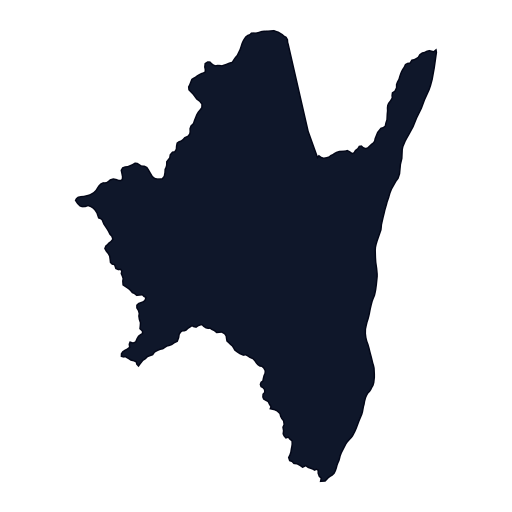 Manga, Minas Gerais, Brazil (Natural Earth projection)
{"feature_id": "56859067B62699928720183", "entity_name": "Manga", "entity_type": "district", "adm_level": 2, "iso_a3": "BRA", "parent_name": "Brazil", "parent_adm1": "Minas Gerais", "projection": "natural_earth1", "projection_center": [-44.106, -14.67], "detail": "fine", "context": "isolated", "style": "filled", "palette": "ink", "viewbox_px": 512, "rotation_deg": 0, "n_neighbors": 0, "source": "geoboundaries", "source_scale": "gbopen_adm2", "svg_char_len": 6022}
<svg xmlns="http://www.w3.org/2000/svg" viewBox="0 0 512 512"><path d="M436.0,49.9L433.7,51.8L429.4,50.7L426.9,51.3L424.6,52.5L422.3,53.0L419.9,54.7L418.3,57.4L416.2,58.7L414.3,59.7L411.9,60.2L410.1,63.2L407.7,63.4L405.5,64.6L404.3,67.2L402.7,69.6L401.7,71.5L400.9,73.4L399.9,76.3L399.0,79.4L397.6,81.9L396.6,84.5L396.6,87.8L394.9,91.3L392.5,92.8L392.1,95.4L392.3,98.0L390.5,101.0L388.7,103.3L387.8,105.4L387.5,107.9L387.6,110.9L387.3,113.8L387.0,119.8L385.9,123.2L385.3,126.2L383.2,127.7L381.0,128.3L377.7,132.4L375.2,138.6L374.7,141.1L373.5,142.9L371.6,144.3L367.6,148.1L365.4,148.6L363.0,147.6L361.4,146.1L359.3,146.4L357.9,148.7L355.5,150.5L354.1,152.9L352.1,153.6L349.6,151.8L347.3,150.6L345.6,151.1L343.5,151.3L339.4,151.5L336.6,152.4L334.4,153.6L332.9,154.7L331.0,155.5L329.2,157.0L326.5,157.8L323.6,158.3L321.0,157.4L318.9,155.8L317.5,157.6L308.1,131.4L288.2,44.5L287.6,42.4L287.4,39.7L286.0,37.3L283.9,36.2L282.3,34.7L278.2,32.2L276.5,31.7L273.9,30.7L268.2,31.2L264.0,31.3L261.6,31.6L258.6,32.6L255.9,33.2L253.4,33.1L251.4,33.2L250.0,34.7L247.9,35.4L245.8,37.0L244.1,39.5L243.1,41.3L242.1,43.6L241.2,46.5L240.2,49.5L237.3,55.5L235.6,57.4L234.0,59.7L232.3,62.4L229.3,63.2L226.2,64.5L223.7,65.3L221.9,65.9L219.9,65.6L217.7,65.5L215.5,65.9L213.5,65.2L211.6,63.8L209.9,62.1L207.7,62.0L205.2,63.6L204.8,67.0L205.3,69.4L205.3,71.9L203.5,73.0L201.5,73.6L199.2,74.8L197.3,75.9L195.5,77.3L193.6,78.3L191.9,79.4L189.8,84.8L188.7,86.9L189.0,89.8L193.2,94.1L196.8,99.0L199.9,101.3L202.0,104.1L201.9,107.6L200.3,109.8L198.3,112.2L196.8,114.8L194.6,120.3L193.5,123.6L191.1,125.9L190.1,128.6L190.2,131.9L189.8,134.0L188.0,136.3L184.8,137.7L183.2,139.5L181.3,141.0L179.0,141.8L177.2,143.1L176.6,146.0L176.4,149.2L174.8,151.9L172.5,152.2L170.3,154.8L169.8,157.9L168.5,159.5L166.8,161.7L166.7,165.3L166.1,167.5L165.2,169.3L165.0,172.7L164.3,176.4L162.1,179.0L157.3,179.1L154.7,178.5L152.3,176.6L149.8,172.4L148.4,169.9L146.8,167.5L144.4,166.3L141.3,166.1L137.3,163.5L135.1,163.2L132.6,164.7L127.9,166.7L125.1,167.0L122.7,167.9L121.3,170.3L121.9,173.2L122.6,176.8L122.3,179.6L120.6,180.6L118.2,180.4L116.3,179.6L113.3,179.0L110.3,179.9L108.6,181.4L106.9,182.6L105.0,183.0L103.2,182.9L100.9,184.0L99.1,185.8L97.7,187.9L96.1,190.5L93.7,192.8L90.2,194.8L88.3,195.4L83.9,196.5L81.1,196.7L78.2,197.3L76.5,198.7L75.6,200.4L77.6,203.4L80.1,205.9L82.2,206.6L85.2,206.5L88.1,205.5L91.0,206.6L93.3,208.1L95.1,210.0L97.0,212.9L98.7,217.9L100.5,218.5L102.1,219.6L103.9,224.0L107.1,228.8L108.5,231.1L110.0,234.2L111.9,236.2L112.9,239.2L110.9,241.7L109.0,243.0L107.5,244.7L105.9,246.0L104.9,248.5L106.4,251.2L108.4,253.6L109.7,256.1L110.2,259.5L110.5,262.4L112.2,264.1L114.6,264.6L115.9,268.5L118.4,269.6L120.6,269.3L121.8,271.0L121.3,273.6L122.4,276.1L123.2,278.6L122.8,281.1L123.1,284.9L127.6,287.9L129.5,289.3L131.0,290.9L132.4,292.6L134.4,293.4L136.7,295.3L142.4,294.7L144.0,296.4L146.0,297.5L145.0,300.4L143.3,301.8L138.7,303.5L136.9,305.2L136.9,307.9L138.5,310.5L139.3,313.5L138.9,316.0L139.4,319.4L140.5,322.7L140.3,325.9L140.0,328.7L142.4,330.9L142.6,333.5L140.7,334.6L138.6,336.2L137.1,338.7L135.7,342.0L133.0,343.1L130.1,342.1L129.3,344.2L129.7,347.3L127.2,349.2L124.8,350.4L122.8,351.8L121.5,353.7L121.4,356.3L123.5,356.9L125.4,356.6L127.2,357.7L128.8,358.6L131.0,360.1L134.1,360.8L136.4,362.0L136.8,364.1L138.5,366.0L139.9,364.0L142.8,360.3L145.3,358.7L147.4,356.6L150.0,355.6L152.6,354.7L154.4,352.1L156.1,351.1L157.9,350.2L160.1,349.3L162.8,348.7L165.3,347.0L167.1,345.9L169.0,345.5L171.7,344.5L174.4,342.6L177.2,341.3L178.6,337.7L179.1,334.3L180.6,332.0L182.3,330.8L184.1,330.8L185.9,330.2L187.9,328.3L190.1,326.9L192.0,325.6L193.7,326.6L196.1,327.1L197.9,325.8L200.1,324.9L202.2,324.6L203.6,326.2L206.0,327.8L208.3,328.3L210.1,328.1L211.9,329.4L214.3,330.5L216.7,332.5L221.7,332.0L224.7,333.7L226.2,335.9L226.6,338.8L227.0,341.0L228.8,342.6L230.6,344.4L232.4,345.9L233.8,348.1L234.8,350.0L236.9,351.6L239.9,353.6L243.4,355.1L245.7,354.7L247.7,355.8L249.9,357.3L253.1,358.7L255.0,360.8L256.4,362.9L257.9,364.6L259.9,366.0L261.8,366.2L263.7,367.8L265.3,370.7L265.1,373.4L264.1,375.6L263.4,378.4L262.9,381.0L261.1,382.3L260.4,384.4L261.1,386.6L262.9,387.5L264.6,389.5L264.8,392.4L263.1,394.2L262.9,397.0L263.7,399.0L265.9,400.3L268.2,401.5L269.5,404.2L271.1,406.8L270.3,408.7L274.7,409.7L277.2,410.9L280.0,413.5L280.7,416.3L281.9,418.6L283.6,420.7L284.2,424.5L283.0,427.2L283.6,430.7L283.2,433.8L284.1,435.8L285.9,437.9L288.4,437.1L289.7,438.9L292.1,440.9L292.2,444.1L291.9,446.4L291.4,448.9L290.9,452.2L290.0,454.9L288.7,457.5L289.7,460.6L292.2,461.5L293.9,463.4L297.2,463.8L300.1,465.4L302.6,467.2L305.8,465.6L308.2,467.4L310.8,468.3L312.9,469.1L314.6,470.1L316.4,469.2L318.2,470.2L318.2,473.2L319.3,476.3L321.3,478.2L320.6,481.3L325.1,481.0L328.2,477.7L330.2,476.2L332.0,475.2L334.0,473.3L335.3,470.7L336.3,467.8L336.9,465.4L337.8,462.9L338.9,460.5L339.5,458.3L340.1,455.8L341.3,452.7L345.8,443.9L347.1,442.0L349.3,439.5L351.3,437.4L352.5,435.8L354.8,431.4L356.2,428.2L359.0,420.7L361.7,414.3L362.4,411.9L363.4,406.4L364.0,404.3L364.5,401.3L365.5,397.6L366.5,395.3L367.8,393.0L369.5,391.3L370.7,389.5L371.7,387.4L372.9,385.4L373.7,382.6L374.3,377.4L374.3,374.2L374.0,368.1L373.4,365.4L372.7,363.2L371.3,357.4L369.7,351.4L369.0,348.4L367.9,344.5L366.7,341.3L365.8,337.6L365.3,333.5L365.4,329.0L366.1,325.7L366.9,322.3L368.0,318.9L368.8,315.8L369.3,313.6L369.7,311.4L370.3,308.4L371.2,304.6L372.1,301.2L373.1,298.5L374.4,295.4L375.0,292.8L375.6,289.8L376.3,284.6L377.1,276.6L377.1,274.0L376.6,268.5L375.7,262.2L375.4,257.4L375.3,254.0L375.2,250.2L375.4,247.3L376.0,244.5L377.0,241.1L378.9,235.6L380.9,229.8L381.2,227.0L381.4,224.6L383.0,217.5L384.1,213.1L384.8,210.0L386.4,204.5L387.0,202.1L388.6,197.5L389.2,195.3L389.9,192.9L391.5,188.9L395.9,181.1L398.0,178.3L399.5,173.8L400.4,164.3L401.8,158.4L402.2,149.5L402.8,146.6L405.1,141.1L406.7,138.1L408.7,134.6L413.0,126.7L416.6,117.8L421.3,108.3L424.5,99.7L429.0,89.8L430.4,85.8L432.1,79.5L434.2,67.9L436.4,52.3L436.0,49.9Z" fill="#0f172a" stroke="#020617" stroke-width="1.5"/></svg>